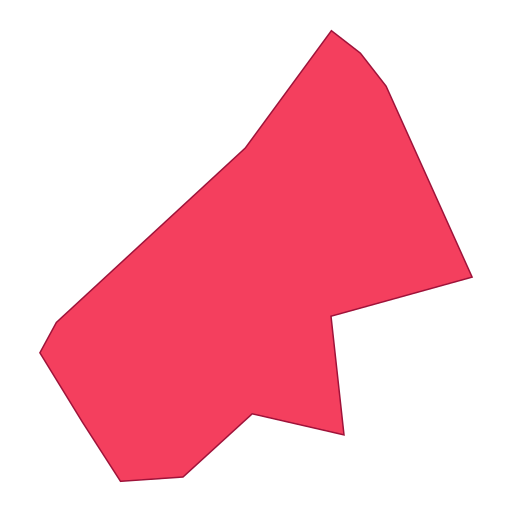 the border of Ventspils
{"feature_id": "LVA-4852", "entity_name": "Ventspils", "entity_type": "Republican City", "adm_level": 1, "iso_a3": "LVA", "parent_name": "Latvia", "parent_adm1": "", "projection": "natural_earth1", "projection_center": [21.584, 57.407], "detail": "fine", "context": "isolated", "style": "filled", "palette": "rose", "viewbox_px": 512, "rotation_deg": 0, "n_neighbors": 0, "source": "natural_earth", "source_scale": "10m", "svg_char_len": 293}
<svg xmlns="http://www.w3.org/2000/svg" viewBox="0 0 512 512"><path d="M39.9,352.8L56.4,322.4L245.3,148.0L331.4,30.7L360.4,53.2L386.1,86.2L472.1,277.1L331.0,316.2L344.0,434.9L252.2,413.8L183.0,477.0L120.5,481.3L82.6,422.4L39.9,352.8Z" fill="#f43f5e" stroke="#9f1239" stroke-width="1.5"/></svg>